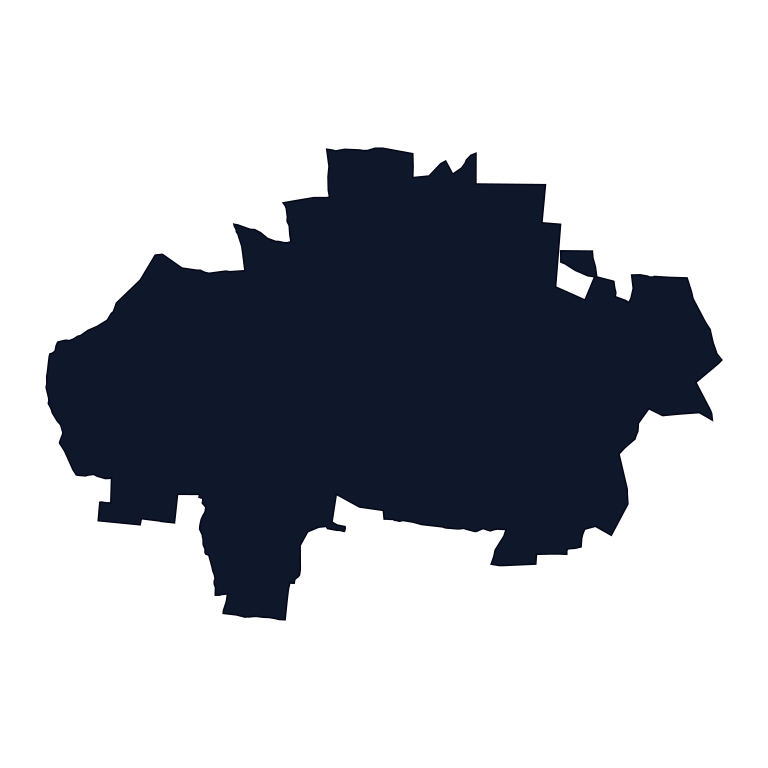 the district of Tekit, Yucatán, Mexico
{"feature_id": "50627088B28791012424217", "entity_name": "Tekit", "entity_type": "district", "adm_level": 2, "iso_a3": "MEX", "parent_name": "Mexico", "parent_adm1": "Yucatán", "projection": "mercator", "projection_center": [-89.286, 20.569], "detail": "fine", "context": "isolated", "style": "filled", "palette": "ink", "viewbox_px": 768, "rotation_deg": 0, "n_neighbors": 0, "source": "geoboundaries", "source_scale": "gbopen_adm2", "svg_char_len": 4503}
<svg xmlns="http://www.w3.org/2000/svg" viewBox="0 0 768 768"><path d="M712.4,420.2L711.7,413.5L710.4,410.2L695.9,382.4L718.8,363.2L721.9,360.0L716.9,353.8L714.8,347.5L713.3,343.3L712.4,339.6L711.0,333.5L710.2,329.5L706.6,324.1L704.3,320.1L693.4,299.3L693.1,298.6L692.8,297.7L692.3,295.3L691.7,292.5L691.5,291.8L687.1,277.9L669.6,277.4L656.6,276.6L654.4,276.4L653.3,277.0L650.0,277.1L647.4,276.1L640.3,274.8L631.6,275.0L633.2,288.4L630.9,298.5L628.8,302.5L625.7,300.5L615.1,296.6L615.7,294.3L615.8,292.3L614.8,288.3L613.8,281.3L596.8,276.9L595.4,266.7L592.9,257.8L592.4,251.1L560.6,250.8L560.8,256.0L560.8,262.1L565.0,263.8L575.5,270.5L581.0,272.8L582.1,273.3L587.8,275.8L594.6,276.8L585.0,300.0L555.6,286.9L560.6,224.3L542.0,222.8L542.0,222.1L545.5,184.7L475.9,184.0L476.0,153.2L470.8,155.3L466.4,159.9L465.1,163.2L461.7,167.9L452.7,174.1L445.7,161.0L440.8,163.6L429.0,176.0L412.8,177.6L413.1,166.1L412.8,153.7L382.7,148.2L375.1,148.2L367.7,150.5L363.3,150.6L359.8,150.0L344.7,149.3L335.3,151.0L333.2,150.2L326.7,149.2L329.0,166.3L328.0,176.9L328.3,190.5L329.5,197.0L326.8,197.6L318.3,197.6L313.8,197.6L298.4,200.2L283.1,202.8L284.0,204.1L285.6,206.4L286.3,208.6L287.4,217.4L287.1,219.7L287.2,221.6L288.1,223.5L288.6,224.3L289.2,225.8L289.8,234.7L290.7,240.3L291.1,241.6L287.7,242.7L284.6,242.7L282.4,242.3L278.3,241.4L275.7,241.4L267.5,238.4L260.5,232.6L258.3,231.5L254.7,229.6L250.1,229.3L242.5,226.6L237.8,224.9L234.2,224.3L233.9,224.2L234.4,226.4L235.0,227.3L236.3,229.9L236.3,231.7L238.0,234.3L238.7,236.8L239.0,237.7L241.8,246.3L242.9,254.6L244.9,270.7L229.9,271.7L227.8,271.4L225.7,271.1L209.0,273.3L204.6,272.3L200.3,270.2L197.9,270.2L197.1,270.2L196.1,270.1L182.3,268.1L181.7,267.8L181.3,267.6L162.4,254.3L155.2,255.1L140.2,280.1L116.4,303.0L113.4,311.6L111.4,313.3L107.2,320.2L97.1,326.4L87.9,330.4L80.7,335.5L77.6,336.3L73.1,339.2L69.3,340.6L66.0,340.2L63.3,340.7L57.7,342.1L56.1,345.7L56.1,345.8L55.2,350.5L54.0,352.0L51.9,353.3L49.9,353.9L49.2,356.6L48.6,361.7L47.2,373.7L46.7,376.1L46.8,383.8L46.4,386.0L46.1,387.4L48.6,397.8L48.8,400.4L48.3,403.6L51.2,409.0L52.3,412.9L57.0,420.6L60.7,425.0L62.5,431.4L62.9,433.2L59.5,442.5L59.7,443.5L62.2,447.2L64.7,451.3L72.2,468.0L73.0,469.8L76.3,474.9L78.2,475.3L85.6,475.9L88.0,475.1L93.9,474.4L97.1,476.2L105.4,478.6L105.6,478.2L106.6,478.2L106.9,478.6L111.5,478.2L110.8,502.8L106.8,502.9L101.2,502.0L99.8,502.3L98.2,520.7L140.1,524.8L141.4,518.7L159.8,521.0L160.9,521.4L174.5,522.9L177.6,494.3L199.6,494.4L199.0,497.3L201.2,498.0L201.4,497.9L202.9,498.3L202.8,498.8L202.8,499.0L202.8,499.3L202.7,499.6L202.7,500.2L202.5,501.7L202.3,503.2L203.6,504.6L204.7,505.9L205.5,507.0L205.9,506.6L206.0,506.6L205.4,509.3L205.3,511.1L204.3,513.4L203.4,514.7L201.2,519.4L199.9,525.5L199.6,529.1L202.3,535.0L202.5,537.2L203.1,539.1L203.1,539.7L203.1,542.4L203.1,544.1L203.6,545.9L205.0,548.8L205.0,552.5L205.8,554.1L208.8,555.2L211.9,566.6L212.9,571.1L214.3,574.6L215.1,578.6L214.8,579.6L214.2,581.0L214.2,583.8L215.5,587.6L215.2,595.2L217.6,595.2L219.6,595.2L222.1,594.3L222.8,594.5L227.4,593.8L226.8,598.9L226.2,602.0L223.4,610.6L223.2,613.4L236.4,614.9L241.9,616.3L243.5,616.7L244.8,617.1L246.1,617.0L247.2,616.8L249.0,617.0L253.0,616.5L257.0,616.4L259.9,616.9L260.5,616.9L262.7,617.2L269.3,617.5L275.1,618.5L279.0,619.5L285.1,619.8L287.2,599.3L288.3,590.2L288.8,587.3L289.0,586.7L289.8,583.0L294.2,583.3L294.8,579.4L298.2,576.7L299.5,575.0L300.3,569.5L300.2,551.2L300.1,545.6L307.7,531.8L318.8,527.2L326.3,526.4L327.5,528.6L336.9,530.3L340.0,530.4L344.3,531.5L344.6,531.1L345.2,529.0L345.1,526.6L337.2,525.0L332.0,522.1L336.3,494.3L359.4,507.0L371.9,508.8L383.3,510.4L384.1,519.1L386.9,519.1L390.6,519.4L393.0,519.4L394.9,520.5L396.3,520.4L399.2,521.3L403.0,520.5L412.8,522.1L421.6,524.5L442.5,526.9L445.5,527.9L457.6,528.9L460.0,528.8L464.3,528.3L465.4,529.0L474.9,531.5L476.5,531.4L483.1,528.5L484.0,528.9L490.3,530.9L493.9,529.7L497.3,529.1L500.6,529.3L506.1,529.5L505.0,532.7L504.0,535.9L501.3,540.3L500.1,542.1L495.2,550.0L493.8,556.5L492.0,561.7L491.1,564.2L499.6,565.6L504.1,565.5L535.8,564.1L536.5,554.3L549.7,554.0L552.8,554.0L557.4,554.0L559.6,554.0L561.9,554.1L566.8,554.3L566.8,550.3L568.3,548.8L575.0,548.3L581.1,546.9L581.7,538.4L582.6,534.5L583.8,531.5L584.7,529.2L595.4,526.3L611.3,535.3L627.9,504.0L627.3,493.5L627.3,489.7L626.6,486.2L626.3,485.1L619.0,454.0L624.8,447.8L635.1,438.9L635.7,436.5L637.9,431.3L638.4,423.3L648.8,408.7L662.6,415.6L679.7,414.0L699.3,412.6L712.4,420.2Z" fill="#0f172a" stroke="#020617" stroke-width="1.5"/></svg>